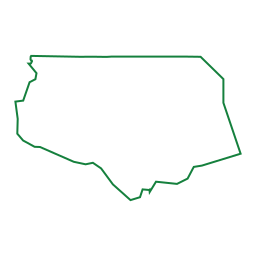 the district of Gates, North Carolina, United States of America
{"feature_id": "52423323B73755605771607", "entity_name": "Gates", "entity_type": "district", "adm_level": 2, "iso_a3": "USA", "parent_name": "United States of America", "parent_adm1": "North Carolina", "projection": "orthographic", "projection_center": [-76.756, 36.424], "detail": "fine", "context": "isolated", "style": "outline", "palette": "green", "viewbox_px": 256, "rotation_deg": 0, "n_neighbors": 0, "source": "geoboundaries", "source_scale": "gbopen_adm2", "svg_char_len": 645}
<svg xmlns="http://www.w3.org/2000/svg" viewBox="0 0 256 256"><path d="M31.2,55.9L30.7,56.6L30.5,59.3L31.1,60.5L31.8,60.6L32.0,61.2L31.0,63.3L30.6,63.6L28.6,63.6L36.5,73.2L35.4,79.2L29.6,82.2L23.2,100.6L15.4,101.6L17.7,118.9L17.3,133.7L23.1,140.5L34.6,146.8L40.0,147.0L73.8,161.8L85.6,164.3L92.9,162.8L101.1,168.4L112.9,184.4L130.5,200.1L140.0,197.2L142.6,189.4L149.4,190.0L149.5,189.9L149.7,192.0L156.0,181.7L177.0,183.9L187.6,178.6L192.6,169.1L193.8,166.9L201.9,165.6L240.6,153.7L223.4,102.8L223.4,79.1L200.6,56.8L193.2,56.7L185.2,56.6L111.5,56.6L106.4,56.9L92.1,56.7L80.4,56.8L31.2,55.9Z" fill="none" stroke="#15803d" stroke-width="2"/></svg>